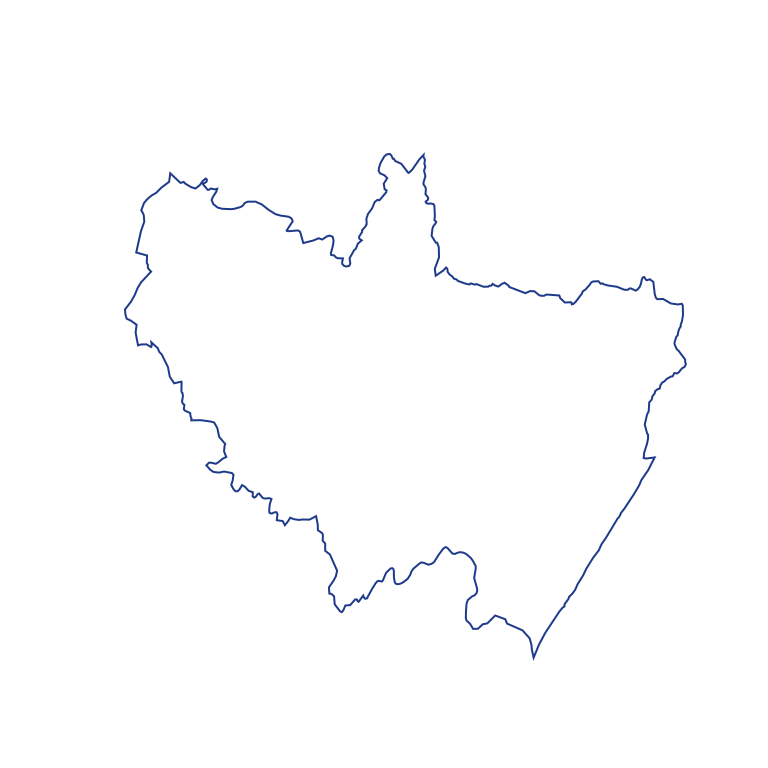 the district of Vohipeno, Vatovavy-Fitovinany, Madagascar, rotated 17°
{"feature_id": "10022922B81120329184352", "entity_name": "Vohipeno", "entity_type": "district", "adm_level": 2, "iso_a3": "MDG", "parent_name": "Madagascar", "parent_adm1": "Vatovavy-Fitovinany", "projection": "equal_earth", "projection_center": [47.681, -22.341], "detail": "fine", "context": "isolated", "style": "outline", "palette": "blue", "viewbox_px": 768, "rotation_deg": 17, "n_neighbors": 0, "source": "geoboundaries", "source_scale": "gbopen_adm2", "svg_char_len": 6165}
<svg xmlns="http://www.w3.org/2000/svg" viewBox="0 0 768 768"><g transform="rotate(17 384 384)"><path d="M354.8,153.5L352.2,158.7L348.3,170.8L346.0,174.9L345.3,174.9L336.3,168.4L329.4,167.4L327.6,165.7L326.6,166.0L324.1,163.2L322.2,162.3L319.4,163.7L317.7,166.4L316.1,173.5L316.0,178.5L316.5,181.6L318.6,183.7L323.5,184.3L326.9,186.2L325.2,192.6L327.7,197.6L329.8,198.0L330.1,199.9L325.9,209.7L323.9,209.8L321.9,212.7L321.3,219.4L319.0,226.0L318.8,230.8L320.7,236.3L319.9,239.5L318.1,243.3L318.6,245.1L317.1,250.4L317.5,251.7L318.5,252.5L320.7,253.1L318.0,257.4L317.5,262.9L316.3,264.8L314.4,273.3L314.5,274.4L316.4,278.2L316.5,279.9L315.9,281.4L313.4,282.7L311.4,282.7L309.1,281.5L308.4,280.1L308.0,275.9L303.2,277.2L301.1,277.0L298.7,275.6L295.8,276.1L295.0,274.8L294.7,266.8L294.0,262.0L292.2,258.6L291.1,258.1L288.6,258.0L286.4,259.4L282.7,263.9L279.0,263.7L274.5,267.4L265.6,272.8L259.6,263.4L258.5,262.6L256.9,262.3L248.5,265.6L246.5,266.1L246.0,265.7L249.1,255.2L248.6,254.2L246.8,252.6L244.0,251.9L235.7,253.2L230.7,253.3L222.8,251.2L214.6,248.0L207.8,247.2L200.4,249.5L197.9,251.6L196.8,254.8L195.1,256.7L189.5,260.3L186.7,261.5L177.8,263.8L173.3,263.9L168.1,261.8L165.4,258.5L165.7,255.0L167.4,249.2L167.4,246.1L165.5,247.3L161.3,247.7L159.8,249.4L158.7,249.9L152.5,245.9L152.4,245.2L154.5,243.4L155.2,242.2L154.8,240.2L153.4,239.7L151.4,242.6L149.7,247.7L146.5,252.2L141.9,252.1L135.1,250.4L133.4,249.3L130.6,251.2L118.0,245.0L119.4,253.5L113.7,261.3L110.2,267.9L106.5,271.8L103.6,276.4L101.6,281.0L101.1,289.0L103.4,290.9L105.0,293.0L107.3,298.9L106.9,309.1L108.6,330.7L119.8,330.4L121.8,337.6L123.4,339.1L124.0,341.4L124.8,342.5L128.4,344.6L122.0,357.7L120.3,364.4L119.6,371.9L117.9,379.5L114.5,388.5L116.5,393.3L118.8,396.8L123.3,397.4L130.1,399.7L131.4,407.4L137.5,419.0L139.9,417.3L145.3,415.5L150.4,416.8L150.7,416.5L150.4,414.5L149.3,412.1L157.2,415.9L159.7,419.0L163.0,420.9L172.4,430.9L177.0,439.6L183.1,444.7L189.5,441.0L189.9,441.3L192.3,450.0L193.0,451.1L193.7,451.3L195.2,454.1L196.0,459.8L197.2,461.5L199.2,462.3L200.0,466.7L201.4,467.7L207.1,468.4L208.5,471.6L209.9,473.1L210.3,475.1L219.3,472.2L229.1,470.6L232.9,470.5L237.5,474.9L241.8,482.7L249.7,487.8L249.6,489.8L250.7,495.1L254.5,500.0L251.6,502.5L248.4,507.4L246.5,509.5L241.6,509.8L239.6,510.5L237.9,513.7L242.7,516.7L246.3,517.9L248.3,517.7L252.3,516.9L256.6,514.5L264.6,513.6L266.6,514.9L267.5,520.5L267.4,525.2L271.2,528.9L273.4,530.0L275.4,529.3L276.6,527.2L277.8,522.2L281.2,523.0L285.7,525.7L290.2,525.9L291.3,529.9L293.1,530.6L294.4,529.2L295.2,526.7L296.5,525.2L301.3,528.4L303.6,528.4L307.6,526.7L310.0,526.9L309.9,532.3L311.2,538.7L312.3,540.8L314.5,540.7L316.7,538.8L318.6,538.0L320.2,539.6L321.3,545.6L327.2,544.7L330.5,548.0L332.4,543.2L333.4,539.3L337.4,539.6L342.2,538.9L346.0,537.3L352.4,535.5L357.7,530.2L361.8,537.9L363.5,543.2L368.5,544.7L369.7,546.1L371.2,551.8L374.4,553.7L376.5,560.7L382.1,562.8L393.7,576.2L394.2,582.0L393.2,587.0L390.8,594.6L393.0,600.4L395.0,600.1L398.3,601.6L401.3,609.1L408.4,614.2L409.8,614.5L410.6,614.2L411.3,612.0L411.8,607.1L416.3,605.4L419.4,598.4L421.3,598.1L422.0,599.2L423.4,599.7L426.0,592.4L427.1,593.9L428.7,594.9L430.3,594.1L432.6,583.0L434.3,576.8L435.3,574.6L436.4,573.8L439.6,573.6L440.4,572.0L441.2,564.0L444.2,558.5L445.8,557.7L447.0,558.2L447.9,559.4L450.1,566.2L452.3,570.5L453.9,571.6L456.1,571.3L458.0,570.2L460.2,568.2L463.5,563.6L464.9,558.8L465.0,555.6L466.1,552.0L470.3,545.5L471.9,543.7L474.6,543.4L479.4,543.8L482.1,542.0L483.9,539.8L486.2,531.3L489.0,523.7L490.6,522.0L492.6,522.2L498.9,526.1L501.5,525.8L503.7,523.8L506.1,522.5L509.2,522.1L512.3,522.5L517.9,525.0L520.6,527.0L525.0,531.4L525.8,534.4L526.9,543.1L532.7,552.2L533.6,554.3L533.6,557.0L532.5,559.5L530.4,561.3L527.3,566.1L527.2,570.1L528.8,577.2L530.8,584.2L532.2,586.2L536.2,588.0L540.8,592.1L545.4,590.6L548.7,584.9L552.8,582.7L558.0,572.9L568.8,573.5L571.6,577.1L588.5,579.1L597.6,584.6L601.2,590.2L603.0,594.6L607.1,602.0L608.4,588.0L610.9,575.1L618.2,550.4L620.2,545.6L621.6,544.0L621.0,542.1L623.2,535.6L623.2,533.5L625.6,529.0L627.0,524.8L627.7,518.8L630.4,508.7L631.5,501.4L634.8,489.0L638.0,480.4L638.9,473.5L641.3,465.9L646.8,444.1L647.8,442.4L648.4,437.9L650.4,432.7L655.4,415.7L657.7,406.0L658.2,400.7L661.8,389.2L664.3,375.1L656.3,378.7L654.0,378.9L652.9,373.6L653.0,364.4L652.5,359.1L651.3,355.2L650.1,354.4L645.2,346.5L644.5,336.3L645.1,332.6L643.0,324.0L644.4,321.2L644.6,319.2L644.2,317.6L645.6,313.8L645.4,311.6L647.1,309.0L649.0,307.8L648.7,304.5L649.6,301.4L651.3,299.5L653.0,296.3L656.2,293.0L657.7,292.4L658.5,288.6L661.0,288.3L662.3,287.0L664.4,281.9L666.4,279.8L666.9,276.7L665.4,274.5L664.9,272.6L656.0,266.1L653.5,264.9L650.2,260.9L649.7,259.3L649.7,253.7L650.6,251.3L650.1,247.4L650.3,244.4L651.0,242.2L650.4,240.7L650.6,236.9L649.8,230.7L646.8,221.6L645.3,220.2L641.8,222.0L634.8,223.1L626.0,221.1L620.4,223.0L618.5,221.7L616.5,218.6L611.7,207.6L607.6,206.1L605.2,207.9L604.0,207.7L601.5,205.6L600.3,206.6L600.0,208.3L600.4,213.3L600.1,216.4L598.8,219.6L597.4,221.1L592.0,220.4L590.7,221.1L589.4,222.8L585.9,223.6L578.5,222.9L569.3,224.3L564.8,224.4L563.6,223.9L561.9,224.8L559.0,223.0L554.0,224.8L552.4,226.4L551.8,228.7L549.2,234.5L547.0,237.3L546.9,239.5L543.3,249.3L541.8,251.9L540.3,252.9L539.5,251.3L538.7,251.2L533.1,253.2L527.3,250.3L525.8,248.1L513.3,250.9L511.2,252.9L508.3,253.7L506.4,253.7L500.9,251.4L498.6,251.9L496.5,252.5L492.6,255.8L475.4,254.6L474.6,253.6L469.8,251.9L467.6,253.7L464.8,257.4L461.3,257.3L458.6,256.5L457.9,258.5L456.1,259.2L455.3,260.4L450.8,261.9L443.2,261.4L441.8,262.4L437.7,262.4L436.5,263.9L432.3,264.2L424.4,263.8L422.9,262.8L420.4,262.9L417.8,261.2L414.5,260.0L412.0,258.0L410.9,255.3L409.3,254.5L407.5,258.2L401.8,265.3L398.9,259.0L399.6,246.8L396.3,237.0L393.5,233.4L392.2,233.7L386.2,228.4L384.9,221.1L385.1,218.4L386.3,215.6L386.5,213.6L384.4,212.6L383.2,207.5L380.0,198.7L378.6,197.5L375.7,197.7L374.0,198.6L371.7,198.7L370.5,197.5L372.1,195.0L372.1,193.7L371.3,192.5L368.2,190.4L367.0,185.2L366.1,183.7L363.5,181.6L362.9,180.1L362.8,173.1L359.9,168.3L360.0,164.1L358.2,161.6L357.6,157.6L355.0,154.8L354.8,153.5Z" fill="none" stroke="#1e3a8a" stroke-width="2"/></g></svg>